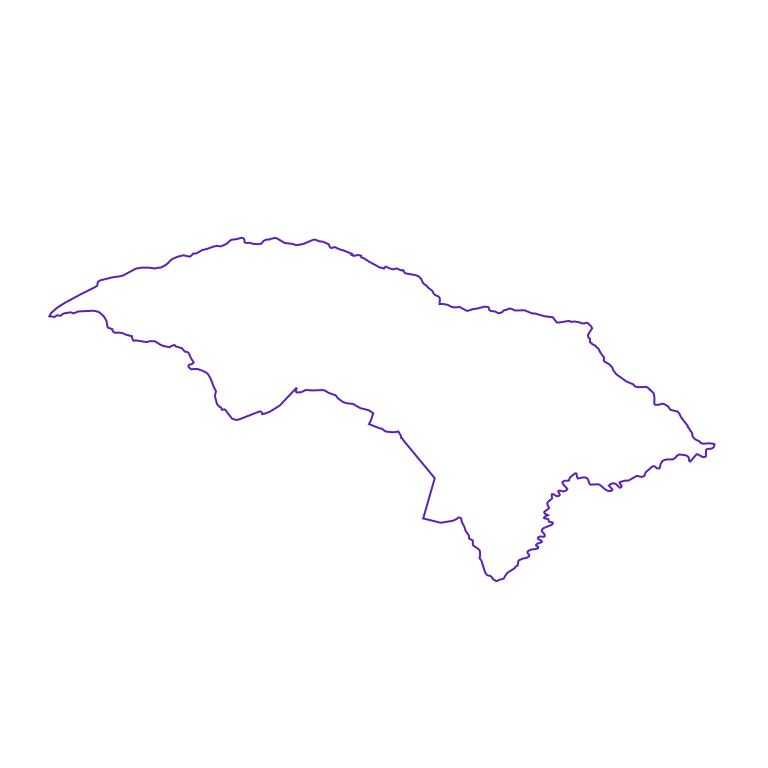 Cachipay, Cundinamarca, Colombia (Robinson projection), rotated 241°
{"feature_id": "7082276B14405151450824", "entity_name": "Cachipay", "entity_type": "district", "adm_level": 2, "iso_a3": "COL", "parent_name": "Colombia", "parent_adm1": "Cundinamarca", "projection": "robinson", "projection_center": [-74.459, 4.728], "detail": "fine", "context": "isolated", "style": "outline", "palette": "violet", "viewbox_px": 768, "rotation_deg": 241, "n_neighbors": 0, "source": "geoboundaries", "source_scale": "gbopen_adm2", "svg_char_len": 6166}
<svg xmlns="http://www.w3.org/2000/svg" viewBox="0 0 768 768"><g transform="rotate(241 384 384)"><path d="M470.7,456.1L474.5,455.8L474.6,454.7L475.4,453.8L478.9,451.2L479.9,447.6L482.2,445.1L485.6,442.7L485.9,441.9L485.0,440.1L485.2,439.5L486.6,438.8L487.5,437.1L497.8,430.5L503.6,427.4L505.9,425.5L507.3,426.3L509.4,423.8L510.7,419.7L511.1,420.0L512.8,418.1L513.5,419.0L520.2,413.5L523.7,410.1L527.7,407.3L528.3,404.1L529.0,403.4L530.5,403.0L532.8,403.4L533.4,403.1L538.0,399.7L540.2,396.6L543.8,393.6L544.5,391.6L545.5,381.9L546.8,377.4L548.7,373.7L550.7,372.2L555.5,365.5L562.7,361.3L564.4,359.9L565.9,355.2L565.9,353.9L567.4,350.9L567.5,347.9L566.2,344.8L567.4,341.5L569.8,337.8L572.8,334.7L574.2,331.8L575.0,331.1L575.8,330.8L578.2,331.9L579.3,331.9L581.0,330.4L582.1,325.4L584.1,320.5L584.0,318.6L582.9,314.4L583.5,307.9L585.8,304.9L586.3,303.2L586.9,301.3L588.0,294.2L589.3,290.2L589.2,283.2L590.6,280.3L589.7,277.9L589.6,275.7L593.9,270.9L595.5,264.6L595.9,259.1L595.6,256.7L594.8,255.0L593.9,250.9L594.0,245.3L595.5,242.0L596.0,239.9L599.8,234.6L603.2,228.5L605.2,222.9L605.4,208.4L606.3,205.0L608.9,198.3L612.1,186.5L612.2,184.8L611.9,183.3L609.0,180.7L608.8,178.4L609.5,162.3L609.7,144.0L609.4,138.4L609.1,134.7L607.5,127.3L605.5,124.2L602.4,128.3L602.6,131.3L600.4,134.3L601.0,137.2L600.7,139.0L598.6,144.7L596.3,146.8L595.6,151.9L588.9,165.5L587.2,167.6L584.7,169.8L579.3,171.7L574.0,171.9L567.8,169.8L566.9,170.1L563.5,173.1L562.0,172.3L560.2,172.8L558.8,174.3L557.4,177.2L555.4,179.8L551.4,182.9L550.6,184.3L549.3,185.0L548.2,186.7L545.3,185.8L543.3,185.9L542.5,188.0L536.0,196.4L535.5,197.4L535.1,199.7L532.4,204.4L526.9,207.4L524.4,209.3L520.2,214.2L520.3,216.3L519.8,219.6L517.7,220.2L513.4,224.5L508.9,225.5L507.5,227.4L505.4,228.2L500.2,227.7L495.2,228.0L494.7,227.1L494.6,226.3L495.2,222.7L494.5,221.6L493.5,221.4L490.4,222.4L488.7,226.2L487.2,228.5L483.8,231.5L480.7,233.7L478.4,234.7L476.9,234.9L473.0,235.0L463.5,233.6L459.2,233.6L455.5,230.3L447.4,228.2L443.7,229.1L442.7,230.0L439.8,229.9L439.4,231.9L438.1,232.7L427.8,234.2L426.8,234.7L424.0,237.6L423.2,240.4L420.4,261.7L420.1,262.4L418.5,263.3L417.0,263.5L416.6,263.1L415.8,265.7L415.1,270.7L415.7,282.4L422.9,305.1L422.4,305.4L420.6,303.4L419.0,303.4L417.0,307.5L416.7,312.6L413.2,318.1L408.0,328.1L406.6,329.3L402.9,331.4L397.6,336.2L394.0,336.7L388.1,339.4L385.2,342.1L381.6,347.2L374.4,351.6L368.6,357.8L363.6,360.4L358.4,354.8L356.2,351.4L347.6,358.5L345.6,360.7L342.7,361.8L341.1,363.1L337.4,368.5L335.9,372.0L335.6,373.5L330.1,373.7L328.5,372.8L327.3,373.6L325.7,373.6L277.0,382.7L247.4,353.1L235.1,366.4L231.0,377.9L230.7,381.8L231.0,384.7L229.9,386.0L228.9,386.4L226.0,385.2L219.9,385.0L216.2,384.2L210.3,384.8L207.4,383.5L204.1,385.8L200.1,383.7L198.7,384.0L195.1,386.1L192.5,386.9L190.9,386.7L188.0,385.2L185.2,383.1L182.6,383.6L170.3,381.1L167.5,381.4L166.3,382.0L164.4,384.1L162.0,384.8L160.6,384.6L157.2,386.6L156.9,387.3L156.8,390.7L155.8,393.6L155.9,394.7L157.5,397.0L159.1,400.7L159.5,408.6L160.4,410.6L160.4,412.8L164.0,415.7L164.4,416.5L164.1,420.3L162.8,424.4L162.9,427.1L163.3,427.8L164.3,428.2L165.7,427.6L167.1,427.8L167.7,428.2L168.0,429.1L168.0,432.0L166.1,436.7L165.7,439.2L166.8,439.9L168.8,438.7L169.7,439.1L170.0,441.0L169.2,445.0L169.4,445.7L170.9,445.6L173.8,443.6L174.5,443.8L175.1,444.5L175.1,446.3L173.2,449.1L172.9,450.1L173.1,451.0L174.8,451.5L178.9,450.7L180.0,451.4L180.6,453.7L179.5,462.3L180.2,464.2L181.3,464.2L183.4,461.6L186.4,462.1L188.3,459.6L189.4,459.0L190.0,460.2L189.8,463.8L192.5,461.9L193.9,461.8L194.5,462.4L195.3,467.9L195.7,468.3L199.2,468.5L200.7,469.1L201.6,471.0L202.2,474.9L202.8,475.7L205.5,476.8L206.2,477.5L205.5,478.7L202.1,480.7L201.4,482.5L201.5,483.7L202.3,484.2L205.5,484.2L205.8,484.5L205.8,485.8L203.2,488.6L202.8,489.6L202.5,491.9L203.4,493.5L209.5,492.1L211.4,492.3L211.8,493.1L211.9,494.8L210.1,498.3L210.0,499.2L211.3,500.2L212.3,502.0L213.2,507.8L212.4,508.9L208.9,507.7L207.3,507.8L206.1,512.0L205.0,514.2L204.0,515.4L202.8,516.0L201.1,516.1L197.2,515.4L195.9,515.7L192.8,522.2L191.8,523.3L190.7,524.1L185.0,526.2L182.4,527.7L181.3,528.9L180.5,530.3L180.4,531.7L180.7,532.4L181.8,532.5L186.2,531.5L186.6,534.4L186.2,535.8L185.2,537.5L184.1,538.3L179.1,539.8L178.8,540.4L179.0,541.8L179.6,542.5L182.7,542.0L183.3,542.0L183.8,542.7L182.8,547.6L181.0,551.0L181.1,560.5L178.3,563.7L177.6,565.0L177.3,567.1L179.5,569.5L180.1,570.8L181.8,579.0L181.2,580.4L180.2,581.1L177.8,581.9L176.6,584.1L179.8,587.1L181.5,589.5L181.6,592.0L181.1,594.3L178.0,600.3L178.2,603.4L179.1,605.0L179.3,607.6L177.6,610.4L175.4,613.4L173.4,614.5L172.2,614.9L168.8,613.7L167.7,614.3L171.0,623.3L170.5,624.2L165.7,627.3L164.5,629.7L164.9,630.7L169.5,633.2L170.3,634.1L170.5,635.2L169.0,638.3L168.6,640.0L168.9,641.7L170.9,643.8L171.6,643.6L174.5,639.7L176.9,634.4L179.0,632.3L180.7,632.2L184.5,629.5L187.2,628.6L189.3,628.6L190.7,629.5L193.5,629.6L195.0,629.1L197.3,629.4L199.1,628.8L200.2,629.4L206.5,628.3L211.4,627.7L214.9,628.0L217.6,627.4L222.4,622.1L226.9,621.5L230.3,619.5L231.9,617.9L232.5,614.7L234.1,611.3L235.6,610.8L241.5,614.2L244.2,615.1L245.4,615.3L249.4,614.1L250.1,613.5L251.3,613.7L254.1,612.2L258.3,604.2L260.4,602.2L262.9,601.8L268.6,597.3L279.9,591.9L285.4,591.2L287.8,591.7L292.2,590.5L296.8,587.7L298.3,587.7L300.5,589.3L306.7,588.5L311.1,588.7L313.3,587.6L315.1,587.4L317.8,585.5L319.3,585.2L320.6,584.4L323.7,586.1L325.3,585.3L327.8,586.1L328.8,587.3L331.8,593.0L333.2,593.2L334.9,592.9L339.0,591.5L339.7,589.8L339.8,588.6L341.3,586.3L343.4,584.6L346.3,580.9L347.7,577.6L348.8,577.1L349.7,575.8L353.0,566.6L353.8,565.3L354.9,564.7L360.5,564.0L365.4,557.3L372.4,550.3L374.0,547.7L380.4,542.6L384.7,534.3L387.3,532.5L389.2,530.4L389.6,526.2L390.2,525.3L390.3,524.1L389.6,522.4L389.7,520.4L390.2,519.0L390.9,518.0L393.5,516.4L396.2,512.7L397.7,512.0L400.4,512.7L401.3,511.8L402.8,509.6L405.2,500.8L406.3,498.6L407.3,493.1L408.1,491.7L414.7,487.5L416.6,483.1L419.0,480.2L422.4,478.1L425.8,473.8L426.9,471.3L431.4,474.2L433.0,474.3L434.1,474.1L437.2,471.8L438.6,471.3L442.2,471.4L446.8,469.3L448.5,469.1L453.2,467.1L458.3,467.4L461.3,466.5L463.9,464.4L470.7,456.1Z" fill="none" stroke="#5b21b6" stroke-width="2"/></g></svg>